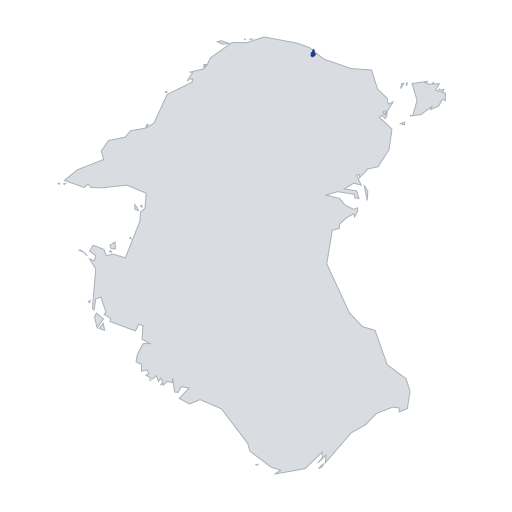 location of Port Stephens, New South Wales, Australia, rotated 268°
{"feature_id": "25037944B52772221720298", "entity_name": "Port Stephens", "entity_type": "district", "adm_level": 2, "iso_a3": "AUS", "parent_name": "Australia", "parent_adm1": "New South Wales", "projection": "albers", "projection_center": [151.986, -32.729], "detail": "fine", "context": "in_parent", "style": "filled", "palette": "blue", "viewbox_px": 512, "rotation_deg": 268, "n_neighbors": 0, "source": "geoboundaries", "source_scale": "gbopen_adm2", "svg_char_len": 5303}
<svg xmlns="http://www.w3.org/2000/svg" viewBox="0 0 512 512"><g transform="rotate(268 256 256)"><path d="M348.4,80.5L357.7,107.1L366.3,105.1L376.6,112.6L379.3,129.4L385.5,134.9L387.8,150.6L392.3,158.6L420.4,172.8L431.8,197.9L434.8,199.1L435.3,194.6L441.2,199.1L442.1,196.8L444.7,209.7L448.2,213.5L455.7,217.5L470.2,239.5L469.5,254.1L474.6,271.9L467.2,304.8L462.3,316.8L450.5,330.5L440.0,357.6L437.8,377.9L418.4,383.4L409.1,392.5L403.2,393.5L405.2,398.4L395.3,391.7L396.6,389.9L395.9,388.2L394.1,388.2L391.2,391.6L388.8,389.8L392.4,386.6L390.1,384.4L378.1,396.3L357.8,392.7L340.9,381.1L339.1,370.8L330.7,362.3L333.8,362.2L333.4,359.4L323.1,363.6L325.4,356.2L319.9,346.6L317.6,358.7L309.9,360.9L310.6,356.9L314.3,356.3L317.5,339.8L314.4,328.1L310.7,341.3L303.4,347.2L299.2,355.5L300.6,359.2L297.4,359.2L291.6,355.8L294.8,355.2L291.4,348.2L285.1,340.7L280.8,340.3L278.9,333.1L245.7,326.4L195.9,347.4L181.7,360.0L177.5,372.4L142.8,383.3L128.1,401.7L115.3,405.2L98.3,401.9L95.1,393.6L99.1,393.8L100.3,387.6L94.4,370.7L83.8,360.0L75.9,344.9L46.8,318.0L54.7,319.1L47.0,310.5L52.0,315.3L57.7,315.3L41.8,297.7L37.4,267.0L41.1,273.2L44.4,263.7L61.2,243.1L69.0,241.2L104.4,216.2L114.5,195.0L110.4,184.4L116.3,174.3L126.4,184.6L128.1,176.8L122.4,173.3L122.9,169.9L136.9,168.3L132.3,168.3L133.9,162.7L130.4,159.2L137.4,156.7L134.0,154.2L139.9,152.2L136.7,148.2L140.7,141.8L141.8,144.7L146.0,143.3L144.9,137.4L151.5,138.0L154.3,132.4L161.7,134.0L172.3,140.0L172.2,146.8L176.8,139.3L190.2,140.6L191.9,136.6L185.3,132.9L195.6,107.8L198.8,108.6L202.9,102.2L205.1,104.1L220.3,99.5L218.8,94.3L207.7,92.4L209.1,90.7L248.7,95.4L258.9,89.5L256.9,94.3L261.9,95.9L266.7,89.9L272.4,93.6L267.9,104.3L261.5,106.2L262.9,113.2L258.7,125.4L294.7,141.1L304.0,142.1L307.4,146.7L322.6,148.4L331.3,129.4L329.5,103.3L330.2,93.4L333.9,90.7L330.5,86.6L338.2,67.2L348.4,80.5ZM390.7,417.5L405.7,422.4L422.9,418.0L424.6,434.0L423.3,431.2L421.7,434.6L421.7,445.2L415.5,441.2L412.1,451.0L404.7,450.6L406.1,447.8L399.4,443.6L396.3,435.6L399.2,436.9L391.7,425.9L390.7,417.5ZM189.9,94.7L200.7,92.5L204.5,94.5L198.4,101.4L189.9,94.7ZM307.7,369.1L322.9,366.5L316.8,370.0L307.7,369.1ZM271.9,110.4L274.9,115.6L268.0,115.7L268.5,111.6L271.9,110.4ZM469.3,236.9L468.9,230.3L471.4,224.8L472.4,228.8L469.3,236.9ZM418.3,406.4L423.2,407.6L423.5,409.9L418.3,406.4ZM189.1,96.5L194.0,101.0L187.1,102.1L189.1,96.5ZM384.8,409.3L381.9,409.0L383.1,405.0L384.8,409.3ZM311.6,136.7L308.6,138.7L305.5,140.1L306.7,136.7L311.6,136.7ZM46.2,316.6L42.9,314.4L41.6,311.7L41.9,311.4L46.2,316.6ZM422.5,412.1L424.4,413.5L420.8,412.4L422.5,412.1ZM446.8,210.5L449.1,210.5L449.1,213.4L446.8,210.5ZM388.5,150.3L391.5,151.9L391.0,152.9L388.5,150.3ZM415.6,446.9L415.9,449.5L414.1,448.8L415.6,446.9ZM472.9,256.7L473.0,260.3L472.8,260.3L472.9,256.7ZM217.3,89.0L215.2,87.9L216.3,86.9L217.3,89.0ZM268.0,81.0L265.7,84.1L268.1,78.9L268.0,81.0ZM473.3,252.3L472.2,253.5L472.9,252.2L473.3,252.3ZM279.1,131.0L277.7,131.7L278.3,130.3L279.1,131.0ZM266.6,111.0L264.8,111.6L265.6,109.7L266.6,111.0ZM47.5,248.1L47.8,250.5L47.0,250.6L47.5,248.1ZM334.9,66.2L335.0,68.1L334.1,66.8L334.9,66.2ZM394.2,389.2L394.7,390.4L394.1,390.1L394.2,389.2ZM265.1,85.0L261.8,87.4L265.2,84.5L265.1,85.0ZM136.2,145.5L135.3,147.1L135.7,145.4L136.2,145.5ZM416.5,445.0L415.6,445.5L416.1,444.5L416.5,445.0ZM310.8,143.5L308.9,143.7L309.8,142.4L310.8,143.5ZM131.9,157.1L131.1,158.1L130.6,156.4L131.9,157.1ZM423.2,439.2L422.0,440.0L422.3,438.6L423.2,439.2ZM335.7,61.0L335.6,62.3L334.5,61.8L335.7,61.0ZM393.6,390.9L395.0,392.0L392.8,391.8L393.6,390.9ZM423.7,172.6L422.4,172.7L422.9,171.1L423.7,172.6ZM434.2,194.4L433.6,194.4L434.0,193.2L434.2,194.4ZM391.2,415.5L390.9,416.5L390.5,415.3L391.2,415.5Z" fill="#d9dde1" stroke="#a8b0b8" stroke-width="1"/><path d="M453.6,319.1L453.5,319.3L453.5,319.5L453.6,319.8L453.8,320.0L454.0,320.0L454.1,320.3L454.2,320.5L454.3,320.4L454.5,320.3L454.8,320.4L454.7,320.5L454.8,320.5L455.0,320.6L454.8,320.8L454.7,321.0L454.4,321.3L454.5,321.5L454.8,321.6L455.0,321.7L455.1,321.8L455.2,321.7L455.3,321.6L455.2,321.5L455.3,321.5L455.3,321.4L455.5,321.4L455.7,321.5L455.6,321.8L455.4,321.9L455.5,322.1L456.1,321.8L456.5,321.5L457.1,321.3L457.7,321.1L458.1,321.0L458.3,321.0L458.5,321.0L458.8,321.0L458.8,320.9L458.7,320.9L458.8,320.8L458.9,320.7L459.0,320.7L459.3,320.7L459.3,320.4L459.4,320.2L459.5,320.2L459.4,320.1L459.2,320.1L458.9,320.2L458.7,320.1L458.6,320.3L458.4,320.2L458.2,320.0L458.2,319.9L458.2,320.0L458.3,320.3L458.2,320.4L458.1,320.2L458.1,320.3L457.9,320.2L457.7,320.2L457.7,320.3L457.5,320.2L457.4,320.2L457.4,320.3L457.2,320.3L456.9,320.4L457.0,320.4L457.0,320.2L457.3,320.0L457.3,319.9L457.2,319.9L457.1,319.7L457.2,319.4L457.2,319.2L457.1,318.9L457.0,319.0L457.0,318.9L456.5,318.9L456.3,318.9L456.1,318.9L456.0,319.4L455.8,319.3L455.8,319.2L455.7,319.2L455.4,319.0L455.4,318.9L455.6,318.9L455.6,318.7L455.7,318.8L455.6,318.6L455.3,318.7L455.3,318.8L455.2,318.9L454.5,318.7L454.4,318.7L454.2,318.5L453.9,318.7L453.9,318.8L453.8,319.0L453.6,318.9L453.5,319.0L453.6,319.1ZM459.5,320.5L459.5,320.4L459.5,320.5L459.5,320.4L459.5,320.5L459.4,320.5L459.5,320.6L459.5,320.5ZM457.2,319.6L457.3,319.7L457.2,319.6L457.2,319.6ZM458.1,320.0L458.1,319.9L458.1,320.0L458.1,320.0ZM458.2,319.9L458.3,319.9L458.2,319.9L458.2,319.9Z" fill="#3b82f6" stroke="#1e3a8a" stroke-width="1.5"/></g></svg>